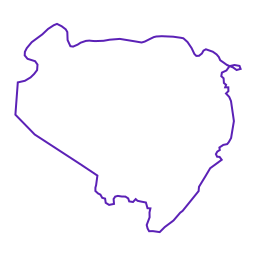 outline of Taquaritinga do Norte, Pernambuco, Brazil
{"feature_id": "56859067B77753102220034", "entity_name": "Taquaritinga do Norte", "entity_type": "district", "adm_level": 2, "iso_a3": "BRA", "parent_name": "Brazil", "parent_adm1": "Pernambuco", "projection": "orthographic", "projection_center": [-36.11, -7.885], "detail": "fine", "context": "isolated", "style": "outline", "palette": "violet", "viewbox_px": 256, "rotation_deg": 0, "n_neighbors": 0, "source": "geoboundaries", "source_scale": "gbopen_adm2", "svg_char_len": 1658}
<svg xmlns="http://www.w3.org/2000/svg" viewBox="0 0 256 256"><path d="M134.0,41.2L119.8,38.9L109.7,39.7L103.5,40.8L95.1,41.1L92.0,40.9L89.3,40.6L85.9,40.9L80.6,42.7L77.7,44.6L73.1,46.6L70.4,46.2L67.6,40.1L67.3,32.0L65.7,29.3L61.6,26.2L57.0,23.9L53.8,25.2L48.1,28.9L42.3,34.4L38.2,37.4L31.7,42.2L26.8,48.1L24.9,51.8L24.7,55.4L27.5,58.8L35.1,61.2L37.5,64.6L37.1,70.1L34.1,74.0L30.6,77.4L24.9,80.8L17.8,82.4L15.4,114.7L34.7,134.5L76.2,161.5L84.4,166.9L97.4,175.6L96.1,185.2L95.4,187.7L95.4,191.0L98.1,193.5L100.4,194.6L102.2,197.8L105.1,198.6L105.7,202.8L109.1,204.9L114.0,203.9L113.6,199.0L115.2,196.6L117.8,195.9L121.7,196.5L125.4,196.6L128.2,198.4L129.2,201.4L133.0,202.0L135.7,199.1L137.5,200.8L141.2,201.6L145.9,202.5L147.5,208.2L150.4,208.4L149.5,212.4L149.6,217.3L146.7,225.0L147.6,228.5L149.1,231.2L152.8,231.1L159.7,232.1L164.7,227.1L173.5,220.5L180.2,212.7L182.6,210.9L198.6,191.1L199.0,186.8L201.6,182.5L203.5,179.4L205.4,176.3L210.2,168.2L221.7,159.8L219.6,156.9L217.1,156.7L215.9,154.1L217.3,151.6L219.8,150.0L219.4,147.5L223.3,144.9L227.2,144.1L228.8,142.1L231.1,138.0L231.6,134.9L233.9,121.1L233.3,116.9L231.0,101.1L229.2,96.9L226.0,93.5L228.4,91.1L228.3,87.3L225.2,87.3L226.1,84.8L223.9,83.0L223.6,78.3L221.3,76.2L221.9,72.6L226.4,70.5L229.6,66.1L226.4,64.6L223.5,62.5L220.2,60.2L218.8,57.0L216.6,54.4L212.8,51.7L205.9,49.3L203.5,50.6L201.9,53.5L199.0,55.8L196.3,55.9L194.4,54.0L191.6,48.1L187.5,42.0L183.4,38.3L181.0,37.8L173.2,36.7L161.8,36.2L156.3,36.5L153.8,37.1L150.1,38.9L144.7,41.6L141.6,42.5L134.0,41.2ZM229.6,66.1L233.0,67.4L236.6,70.0L240.6,68.9L239.5,65.9L234.5,65.0L229.6,66.1Z" fill="none" stroke="#5b21b6" stroke-width="2"/></svg>